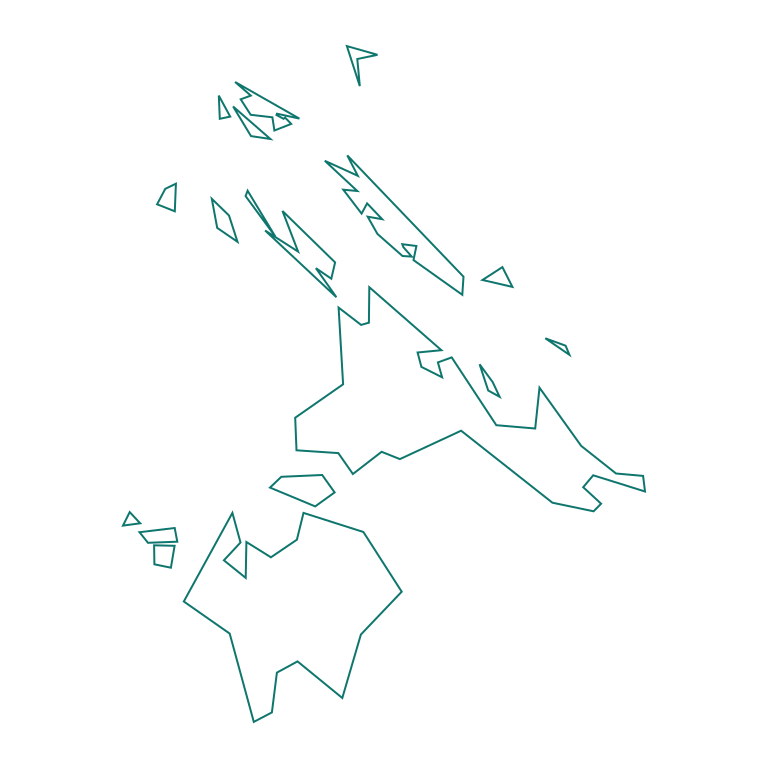 the district of Lingga, Kepulauan Riau, Indonesia
{"feature_id": "22746128B41866695352092", "entity_name": "Lingga", "entity_type": "district", "adm_level": 2, "iso_a3": "IDN", "parent_name": "Indonesia", "parent_adm1": "Kepulauan Riau", "projection": "orthographic", "projection_center": [104.45, -0.394], "detail": "medium", "context": "isolated", "style": "outline", "palette": "teal", "viewbox_px": 768, "rotation_deg": 0, "n_neighbors": 0, "source": "geoboundaries", "source_scale": "gbopen_adm2", "svg_char_len": 1935}
<svg xmlns="http://www.w3.org/2000/svg" viewBox="0 0 768 768"><path d="M441.4,350.2L369.3,287.2L368.9,322.7L361.1,324.9L338.6,307.6L343.1,384.3L295.2,417.7L296.5,450.3L338.3,453.1L352.9,474.0L381.6,451.8L399.9,459.1L461.1,430.7L552.4,502.7L593.6,511.3L601.1,503.7L583.2,487.2L593.2,475.3L645.0,491.5L643.1,475.9L616.0,473.5L581.2,445.9L539.5,387.7L535.2,428.5L496.3,425.2L451.7,357.4L437.9,362.4L442.1,377.3L421.4,366.9L417.6,352.5L441.4,350.2ZM363.4,532.0L303.5,512.9L296.9,539.7L270.9,557.3L246.4,542.0L245.7,577.9L223.9,560.3L240.5,542.5L232.4,512.9L183.8,601.5L229.7,633.6L253.8,721.9L271.9,712.4L276.9,672.6L297.5,661.4L342.3,698.0L360.9,634.5L401.7,591.7L363.4,532.0ZM463.5,276.7L347.3,155.4L357.8,175.8L324.8,160.8L357.3,191.0L343.3,189.7L361.6,213.6L367.1,203.4L382.2,219.2L367.7,216.7L377.4,233.9L402.5,256.0L411.7,256.6L403.4,247.2L402.3,244.2L416.4,246.0L413.5,260.1L462.3,294.8L463.5,276.7ZM282.5,211.0L298.1,251.6L265.1,230.5L336.4,297.2L315.9,268.2L331.3,278.7L335.1,262.4L282.5,211.0ZM299.4,118.6L235.1,82.0L250.8,95.6L240.7,99.3L250.7,114.8L272.4,117.3L274.4,130.5L291.2,123.9L285.1,117.6L283.6,118.8L276.5,115.0L277.0,113.7L299.4,118.6ZM322.2,475.0L281.3,476.8L270.0,487.6L315.2,506.4L334.6,492.4L322.2,475.0ZM270.4,139.0L233.1,106.5L251.0,136.1L270.4,139.0ZM237.5,241.8L229.0,215.5L211.8,198.8L217.2,227.9L237.5,241.8ZM174.7,528.0L139.5,532.2L148.0,542.8L177.3,541.7L174.7,528.0ZM175.9,183.7L165.3,188.8L157.1,204.3L174.8,211.3L175.9,183.7ZM154.1,545.3L154.4,564.3L170.9,567.7L174.6,545.8L154.1,545.3ZM377.5,54.8L346.9,46.1L359.8,86.1L357.3,59.0L377.5,54.8ZM275.3,236.5L247.6,190.7L245.6,196.1L275.3,236.5ZM512.4,286.9L502.4,267.1L482.5,280.0L512.4,286.9ZM565.6,345.7L545.3,338.3L569.4,354.8L565.6,345.7ZM140.2,523.3L129.7,512.1L123.0,525.6L140.2,523.3ZM230.2,116.6L218.8,95.6L219.8,118.8L230.2,116.6ZM499.6,396.8L492.7,382.1L479.6,364.3L488.2,390.5L499.6,396.8Z" fill="none" stroke="#0f766e" stroke-width="2"/></svg>